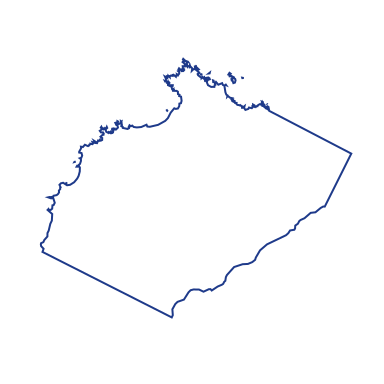 outline of Florentino Ameghino, Chubut, Argentina, rotated 209°
{"feature_id": "61730980B85426679485259", "entity_name": "Florentino Ameghino", "entity_type": "district", "adm_level": 2, "iso_a3": "ARG", "parent_name": "Argentina", "parent_adm1": "Chubut", "projection": "orthographic", "projection_center": [-65.622, -44.445], "detail": "fine", "context": "isolated", "style": "outline", "palette": "blue", "viewbox_px": 384, "rotation_deg": 209, "n_neighbors": 0, "source": "geoboundaries", "source_scale": "gbopen_adm2", "svg_char_len": 6138}
<svg xmlns="http://www.w3.org/2000/svg" viewBox="0 0 384 384"><g transform="rotate(209 192 192)"><path d="M148.9,72.5L149.1,75.0L152.3,79.9L152.3,85.9L151.4,88.9L146.9,94.0L146.4,102.6L145.6,105.4L143.4,107.5L138.5,110.1L133.6,110.4L130.1,115.2L128.7,116.0L127.0,115.4L123.7,121.8L120.9,125.4L120.2,126.8L120.3,129.0L119.8,130.5L121.1,134.0L121.2,136.3L118.8,146.8L112.7,153.4L108.2,156.2L105.3,159.9L103.9,163.3L104.4,165.6L104.2,174.0L101.0,182.6L88.8,199.8L87.8,202.7L87.6,205.9L84.2,208.6L84.2,210.1L85.4,212.7L84.0,215.6L84.1,218.5L83.5,220.1L80.9,223.6L78.1,231.3L74.2,234.1L71.7,240.5L70.2,242.9L68.8,243.6L71.3,302.8L163.8,300.4L165.6,301.2L167.8,301.0L168.1,302.6L169.5,301.3L170.5,301.6L170.5,302.3L172.2,301.4L173.3,302.6L172.0,303.6L172.9,303.8L173.6,305.0L174.5,304.9L172.7,303.5L173.5,302.7L174.2,303.9L174.3,302.7L173.5,301.9L175.4,301.6L176.5,299.6L176.3,298.8L177.6,298.1L177.5,297.5L178.4,297.5L178.3,296.8L179.5,296.8L180.1,297.2L180.0,298.1L181.0,298.1L180.5,297.3L180.9,296.4L180.0,295.6L180.3,294.3L183.1,293.5L183.0,292.0L185.1,289.7L187.2,290.8L187.7,292.6L188.4,291.0L187.9,290.7L189.0,289.9L190.5,291.9L190.4,291.2L191.3,291.3L191.0,290.5L191.8,291.2L194.6,290.2L196.1,290.7L196.3,291.5L197.7,290.8L198.9,292.3L199.4,292.1L199.2,291.1L200.6,291.0L200.9,292.4L201.6,291.7L202.4,292.1L202.1,293.6L204.5,292.9L207.2,293.4L207.4,292.6L207.8,293.7L209.2,293.8L211.1,295.4L215.3,300.8L216.9,300.6L218.4,301.8L221.0,298.6L224.4,299.9L224.6,298.1L223.5,297.1L224.0,296.4L223.4,294.8L226.2,293.2L229.8,293.2L232.4,295.3L232.5,297.7L231.3,299.0L232.1,299.2L231.9,299.9L233.2,300.1L235.3,298.4L235.0,297.5L234.3,298.0L233.6,297.2L233.7,296.2L234.4,295.5L236.0,297.3L236.5,297.0L237.1,298.2L237.7,297.2L238.4,297.5L238.8,296.3L239.2,297.1L239.6,296.5L243.3,297.1L244.2,297.8L243.6,298.9L244.0,298.9L243.7,300.0L248.3,300.9L248.7,301.6L248.2,302.2L249.6,304.0L250.4,303.2L248.8,301.1L250.3,300.0L250.9,298.0L251.2,298.8L250.7,299.0L250.8,300.0L253.5,300.8L254.4,299.9L254.9,300.6L254.5,301.2L255.5,302.0L255.4,301.1L256.6,300.0L256.6,299.2L257.7,299.7L258.9,299.2L259.0,298.6L259.9,298.9L259.8,298.0L261.1,297.5L260.0,295.8L258.8,295.6L259.1,295.1L258.0,294.6L258.3,293.5L259.7,292.7L260.6,293.9L260.9,293.3L263.3,293.9L263.3,292.5L262.2,291.7L262.7,291.0L261.4,290.7L260.6,289.4L260.8,287.7L262.1,287.7L261.2,286.8L262.4,286.2L262.0,285.0L265.1,285.6L265.6,285.1L265.2,284.2L267.5,283.6L266.6,283.5L267.9,282.5L267.3,281.7L268.8,282.1L268.4,281.5L269.5,281.4L269.4,280.8L269.8,280.8L269.0,279.7L271.6,279.8L269.6,278.3L268.6,276.4L266.9,276.9L266.8,275.8L266.1,275.8L266.4,275.2L265.4,275.0L264.8,275.5L265.4,276.8L264.6,276.5L264.5,275.2L265.2,274.6L264.8,273.8L262.3,274.0L262.4,275.1L260.6,276.1L260.3,275.4L261.1,274.5L259.3,272.3L258.6,272.0L258.2,272.9L257.7,271.7L257.2,272.3L256.9,271.7L254.5,273.0L253.0,272.9L251.7,270.8L250.1,271.0L249.7,269.7L247.8,270.1L245.3,266.7L244.7,264.3L245.9,263.2L244.8,261.0L244.8,258.2L246.5,256.8L248.1,256.6L249.1,251.1L248.9,244.9L249.9,241.2L254.2,234.3L260.5,228.6L262.8,227.6L264.4,228.8L267.9,224.2L271.6,221.7L274.5,220.6L276.5,221.1L277.3,219.9L279.0,220.1L278.9,218.4L278.4,218.5L278.0,217.3L278.9,215.9L283.6,214.5L284.2,215.4L285.6,215.3L285.6,216.1L286.2,216.3L286.2,217.3L287.4,217.7L287.7,218.8L288.6,216.4L289.6,215.6L290.5,215.8L290.7,217.8L291.6,217.8L291.1,216.8L292.6,215.3L290.6,213.9L289.5,214.2L288.0,212.4L288.8,209.7L289.7,209.3L290.2,209.8L290.6,209.1L291.4,209.6L292.5,208.7L292.2,207.9L290.6,207.6L290.1,206.2L290.9,205.7L290.3,205.0L291.4,204.0L292.5,204.0L292.7,204.9L293.4,203.4L294.1,203.9L294.5,203.1L296.2,203.1L297.9,204.7L297.2,206.9L298.1,207.6L298.0,206.7L298.8,205.7L298.5,204.9L299.2,204.3L299.8,204.9L300.1,203.8L300.7,203.9L300.6,204.4L301.1,205.1L300.9,204.6L301.9,204.3L302.9,205.1L303.0,204.1L301.8,203.7L301.4,202.6L302.3,200.8L300.5,200.0L298.7,201.0L297.5,200.3L297.2,199.2L297.8,199.1L298.8,196.0L296.7,195.7L295.8,193.9L296.7,192.6L297.5,192.3L297.9,192.9L298.1,191.6L299.1,191.5L298.7,188.7L300.1,188.1L300.4,189.2L302.4,189.3L301.3,188.6L301.3,187.8L303.2,187.4L302.1,186.6L302.2,185.6L304.2,185.0L303.9,184.6L304.8,183.6L304.5,182.9L305.2,181.7L308.6,181.4L309.2,178.5L311.1,177.8L310.2,176.6L310.2,172.5L309.8,171.8L307.5,172.5L305.7,170.6L305.4,168.3L306.5,167.1L305.1,166.9L304.2,165.4L303.6,162.3L304.3,160.5L301.9,159.0L300.1,155.5L299.0,151.2L298.9,148.2L299.8,143.4L302.1,139.2L304.6,137.3L309.2,137.6L310.9,136.0L311.4,134.0L309.2,132.4L309.4,131.8L308.7,130.7L309.1,128.7L308.1,127.2L308.2,125.3L308.9,123.6L311.3,121.6L311.1,120.5L312.7,119.4L312.4,118.7L314.1,118.6L315.2,117.6L312.2,118.1L310.4,119.4L306.8,116.0L306.7,113.5L307.6,112.7L306.2,109.6L306.9,107.8L308.8,106.9L309.3,107.4L309.6,106.3L303.6,105.0L300.7,99.0L300.5,95.5L298.6,88.7L298.5,86.0L296.9,83.0L297.9,78.5L297.7,76.1L299.2,74.0L298.8,72.9L297.7,71.5L294.3,70.4L293.7,67.1L148.9,72.5ZM210.9,309.4L208.6,307.3L207.5,308.5L208.0,310.7L209.0,311.8L210.7,312.0L210.9,312.6L214.6,312.6L211.8,311.6L211.5,310.9L212.3,309.9L211.4,308.9L210.9,309.4ZM263.2,301.1L259.2,300.4L258.2,301.1L259.4,302.9L259.2,303.6L260.1,303.7L263.0,302.2L263.2,301.1ZM216.3,312.6L215.2,311.4L214.7,311.7L216.0,312.6L215.5,314.2L217.0,314.4L217.1,312.4L216.3,312.6ZM247.8,303.1L246.2,301.5L245.5,302.5L247.8,303.1ZM264.2,303.5L262.7,302.9L262.2,303.7L264.2,304.2L264.2,303.5ZM254.5,251.8L252.7,250.8L252.3,250.8L254.5,251.8ZM241.9,299.4L240.8,299.0L239.9,299.6L241.9,299.4ZM227.7,299.8L226.7,298.4L226.1,298.7L227.1,299.9L227.7,299.8ZM167.1,303.5L166.7,302.9L165.8,302.8L166.4,303.5L167.1,303.5ZM305.3,139.0L306.3,138.9L306.4,138.4L305.3,139.0ZM203.5,316.3L203.2,316.0L202.0,316.8L203.5,316.3ZM305.2,158.9L305.2,158.2L304.3,158.7L305.2,158.9ZM234.3,305.0L234.8,303.8L234.1,304.3L234.3,305.0ZM213.9,302.0L214.5,302.3L214.7,301.9L213.9,302.0ZM308.4,162.2L309.4,161.4L309.4,161.2L308.4,162.2ZM269.6,276.0L269.0,275.6L268.6,275.9L268.8,276.1L269.6,276.0ZM259.3,303.9L258.8,303.5L258.1,303.7L258.7,304.0L259.3,303.9ZM288.5,219.6L288.0,219.0L287.7,219.1L288.1,219.6L288.5,219.6ZM169.1,305.4L168.4,305.2L169.4,305.6L169.1,305.4Z" fill="none" stroke="#1e3a8a" stroke-width="2"/></g></svg>